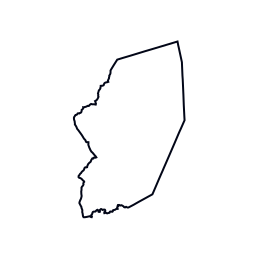 the district of Karachuonyo, Nyanza, Kenya, rotated 118°
{"feature_id": "3690345B83716228169892", "entity_name": "Karachuonyo", "entity_type": "district", "adm_level": 2, "iso_a3": "KEN", "parent_name": "Kenya", "parent_adm1": "Nyanza", "projection": "albers", "projection_center": [34.698, -0.371], "detail": "fine", "context": "isolated", "style": "outline", "palette": "ink", "viewbox_px": 256, "rotation_deg": 118, "n_neighbors": 0, "source": "geoboundaries", "source_scale": "gbopen_adm2", "svg_char_len": 4637}
<svg xmlns="http://www.w3.org/2000/svg" viewBox="0 0 256 256"><g transform="rotate(118 128 128)"><path d="M227.6,125.4L227.4,125.1L227.3,124.7L227.1,124.3L226.8,123.9L226.5,123.5L226.2,123.2L226.0,122.8L225.7,122.5L225.4,122.1L225.1,121.8L224.8,121.5L224.5,121.1L224.3,120.7L223.8,120.3L223.8,119.8L223.9,119.4L224.0,118.8L223.8,118.2L223.1,118.3L222.8,118.8L222.5,119.4L222.1,119.5L221.7,119.5L221.3,119.3L220.8,119.3L220.3,119.3L219.9,119.5L219.3,119.6L218.8,119.6L218.5,119.5L218.1,119.2L217.8,118.8L217.6,118.4L217.3,117.9L217.1,117.6L216.7,117.4L216.3,117.4L215.9,117.3L215.4,117.1L214.9,116.9L214.5,116.5L214.6,115.9L214.8,115.5L215.2,115.2L215.6,115.0L215.8,114.7L215.7,114.2L215.5,113.8L215.2,113.5L214.7,113.7L214.4,114.1L214.0,114.2L213.4,114.3L213.1,114.0L212.5,114.0L212.2,113.7L212.1,113.3L212.1,112.8L212.2,112.5L212.3,112.0L212.0,111.6L211.5,111.2L211.2,110.7L211.0,110.2L211.1,109.8L211.4,109.4L212.0,109.1L212.5,109.0L212.9,109.2L213.4,109.4L213.9,109.2L214.3,108.9L214.1,108.6L213.5,108.2L213.2,107.7L213.2,107.1L213.2,106.4L213.0,106.1L212.6,105.8L211.9,105.0L211.7,104.7L211.3,104.5L210.8,104.7L210.3,104.6L209.9,104.2L209.7,103.7L209.5,103.3L209.5,102.8L209.3,102.5L208.8,102.3L208.4,102.4L208.1,102.5L207.5,102.5L207.2,102.1L206.9,101.8L206.6,101.4L206.3,101.1L206.0,100.9L205.4,100.6L204.9,100.3L204.5,100.0L204.5,99.5L204.2,99.2L204.0,99.5L203.9,99.9L203.5,100.1L203.0,100.4L202.5,100.2L202.1,100.0L201.7,99.9L201.4,100.3L201.2,100.7L200.7,100.7L200.4,100.2L200.1,99.7L200.0,98.9L200.0,98.3L199.7,97.9L199.3,97.6L199.2,97.1L199.2,96.6L199.2,96.1L199.3,95.7L199.3,95.2L199.4,94.8L199.7,94.3L199.6,93.8L199.5,93.3L199.1,93.1L198.5,92.7L198.5,92.3L198.5,91.9L198.5,91.5L198.4,91.1L198.2,90.6L197.7,90.1L193.9,87.5L192.7,86.7L191.4,85.9L188.4,84.0L175.1,75.3L174.5,75.4L173.9,75.4L167.8,75.9L158.4,76.7L153.3,77.1L149.0,77.4L147.0,77.6L143.0,77.9L135.3,78.5L119.2,79.8L108.8,80.7L106.0,80.9L104.0,81.0L101.3,81.2L94.6,81.7L91.8,83.4L81.6,89.5L72.8,94.6L59.4,102.5L56.2,104.5L44.6,111.3L33.1,121.0L31.5,122.4L28.4,124.9L31.1,127.6L47.6,144.3L51.9,148.7L60.9,157.7L63.1,159.9L68.3,165.2L72.7,169.6L79.3,170.1L82.5,170.3L84.4,170.4L85.5,170.4L86.2,170.0L87.0,169.6L87.9,169.2L89.1,169.0L89.9,169.1L90.7,169.1L91.4,168.6L92.3,168.5L93.1,168.1L93.8,168.1L94.4,168.1L95.1,168.0L95.9,167.9L96.5,167.1L97.3,167.8L97.9,168.6L98.5,169.3L99.4,169.8L100.6,169.8L101.7,169.6L102.6,170.3L103.0,171.0L103.6,171.9L104.4,171.5L105.4,171.3L106.0,171.0L106.7,171.0L107.5,171.1L108.5,171.4L109.7,171.1L110.7,170.9L111.7,170.7L112.3,170.0L113.0,169.7L113.8,169.4L114.3,168.7L115.5,168.6L116.5,168.6L117.5,168.6L118.3,169.0L119.0,169.2L119.7,169.7L120.2,169.0L121.0,168.4L121.6,167.7L122.5,167.5L122.8,168.4L123.0,169.2L123.5,170.0L123.9,170.9L124.1,171.9L124.8,172.2L125.5,172.7L126.2,172.7L127.0,173.0L127.3,173.9L127.9,174.3L128.4,174.7L129.2,175.3L129.8,176.1L130.5,176.6L130.7,177.3L131.6,176.8L132.7,176.9L133.7,177.4L134.4,177.1L135.0,176.9L136.0,176.7L136.9,177.0L137.4,177.6L138.1,177.9L138.2,178.4L138.4,178.9L138.8,179.3L139.7,179.3L140.5,179.6L141.1,180.4L142.0,180.6L142.7,180.5L143.6,180.7L144.5,180.5L146.0,179.5L147.0,178.4L147.5,178.0L148.0,177.7L148.9,177.0L149.9,176.5L150.0,176.1L150.2,175.8L150.6,175.1L151.1,174.3L151.8,173.4L152.4,172.8L152.8,172.1L153.1,171.2L155.1,167.1L156.0,165.3L158.1,161.8L158.4,160.8L158.7,160.0L159.1,159.4L159.8,158.8L160.0,157.9L159.5,157.1L159.1,156.3L159.8,155.9L160.6,155.5L161.4,155.2L162.8,153.7L163.6,152.8L164.4,151.7L165.0,151.0L165.6,150.0L166.1,149.2L166.3,148.2L166.6,147.3L167.1,146.1L167.8,144.4L168.2,143.2L168.8,142.2L169.4,142.7L169.9,143.7L170.4,144.4L171.2,144.3L171.6,145.2L172.5,145.3L173.5,145.4L174.6,145.2L175.7,145.2L176.6,145.7L177.6,146.0L178.2,146.1L178.9,146.3L179.8,146.1L180.7,146.1L181.3,145.9L181.8,145.7L182.3,146.2L182.5,146.9L183.0,147.4L183.7,147.6L184.5,147.5L185.4,147.3L186.4,147.4L187.2,147.8L188.1,148.1L189.0,148.3L189.9,148.3L190.5,148.6L191.2,148.8L192.2,148.8L193.3,149.1L194.1,148.8L194.5,148.7L194.7,148.2L194.9,147.7L194.7,147.0L194.6,146.5L194.6,146.1L194.7,145.3L194.9,144.5L195.2,143.8L195.4,143.2L195.6,142.1L196.1,141.4L197.0,141.6L198.0,141.4L198.7,140.8L199.8,140.7L200.7,140.9L201.7,141.1L202.7,141.0L203.6,140.4L205.0,139.8L206.0,139.5L207.0,138.9L208.2,138.2L209.0,137.6L209.5,137.2L210.4,136.8L211.7,136.5L212.6,136.3L213.9,136.3L214.9,136.2L215.6,136.1L216.3,136.0L217.2,135.6L218.1,134.3L218.9,133.2L219.3,132.4L220.5,131.4L221.2,130.6L221.7,130.0L222.6,129.4L223.4,129.1L223.8,128.9L224.6,128.1L225.1,127.7L225.5,127.4L226.0,127.1L226.3,126.8L227.0,126.3L227.6,125.4Z" fill="none" stroke="#020617" stroke-width="2"/></g></svg>